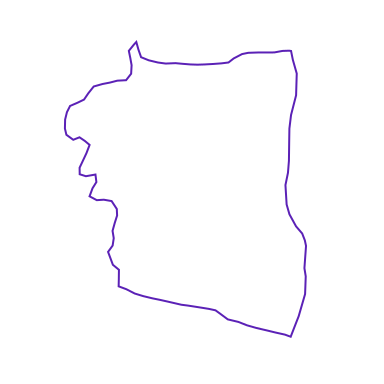 VI-4 Lower Corentyne Rive, East Berbice-Corentyne, Guyana (Mercator projection), rotated 353°
{"feature_id": "73187651B56094109517329", "entity_name": "VI-4 Lower Corentyne Rive", "entity_type": "district", "adm_level": 2, "iso_a3": "GUY", "parent_name": "Guyana", "parent_adm1": "East Berbice-Corentyne", "projection": "mercator", "projection_center": [-57.321, 5.762], "detail": "fine", "context": "isolated", "style": "outline", "palette": "violet", "viewbox_px": 384, "rotation_deg": 353, "n_neighbors": 0, "source": "geoboundaries", "source_scale": "gbopen_adm2", "svg_char_len": 1461}
<svg xmlns="http://www.w3.org/2000/svg" viewBox="0 0 384 384"><g transform="rotate(353 192 192)"><path d="M272.3,347.7L280.2,333.0L282.7,328.4L291.8,307.1L292.9,300.3L294.6,289.6L294.3,281.3L298.6,259.4L298.1,253.7L296.3,246.6L291.1,238.8L286.0,226.0L284.4,215.9L285.6,196.5L289.6,184.6L292.0,172.9L294.8,152.4L296.4,140.9L299.7,127.6L307.1,108.7L310.4,87.2L308.2,73.1L307.5,64.1L305.7,63.6L299.0,63.0L290.7,63.5L283.2,62.6L274.9,61.6L264.8,60.7L258.5,61.2L249.7,64.5L244.0,67.9L236.8,67.9L228.5,67.5L219.7,66.9L213.0,66.3L206.0,65.2L197.7,63.5L191.3,62.1L181.5,61.3L173.9,59.3L165.1,56.0L157.9,52.0L156.2,44.2L155.0,36.3L152.3,38.6L146.5,44.2L147.1,51.6L147.5,58.8L146.0,67.2L140.2,73.0L131.4,72.4L123.8,73.4L116.4,73.9L107.3,75.3L101.1,81.4L96.1,87.1L89.4,89.4L81.5,91.7L77.6,97.5L74.9,104.6L73.6,113.5L74.3,119.9L80.5,125.7L87.0,124.0L91.9,128.3L96.1,132.8L91.9,140.7L87.5,147.7L83.4,154.2L82.7,160.7L88.6,163.4L98.3,162.9L98.3,170.5L93.7,176.2L89.8,183.8L96.5,188.5L103.5,188.9L111.1,191.2L115.3,199.7L114.8,206.2L111.6,213.2L108.4,220.9L108.7,228.3L106.7,235.5L101.4,241.2L103.0,247.9L104.6,254.6L110.0,260.3L108.7,269.9L107.7,276.7L115.0,280.5L122.8,285.8L130.9,289.4L139.7,292.7L146.9,295.1L154.5,297.8L161.1,300.2L167.7,302.6L174.0,304.2L181.4,306.3L188.4,308.3L194.6,310.1L200.9,312.3L205.2,316.3L212.0,322.8L222.2,326.6L230.3,331.0L239.3,334.8L250.2,338.8L257.6,341.6L266.9,344.9L272.3,347.7Z" fill="none" stroke="#5b21b6" stroke-width="2"/></g></svg>